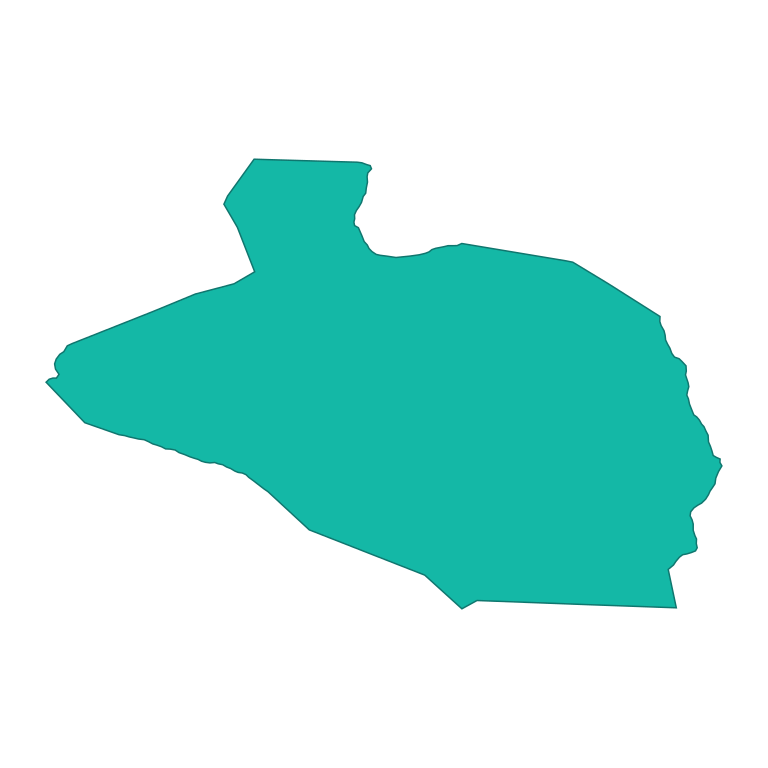 Ourolândia, Bahia, Brazil (orthographic projection)
{"feature_id": "56859067B69370419273118", "entity_name": "Ourolândia", "entity_type": "district", "adm_level": 2, "iso_a3": "BRA", "parent_name": "Brazil", "parent_adm1": "Bahia", "projection": "orthographic", "projection_center": [-41.124, -10.833], "detail": "fine", "context": "isolated", "style": "filled", "palette": "teal", "viewbox_px": 768, "rotation_deg": 0, "n_neighbors": 0, "source": "geoboundaries", "source_scale": "gbopen_adm2", "svg_char_len": 2219}
<svg xmlns="http://www.w3.org/2000/svg" viewBox="0 0 768 768"><path d="M660.0,316.5L608.4,283.8L572.8,262.2L566.3,260.9L461.8,243.5L457.1,245.6L452.4,245.7L448.0,245.7L443.9,246.7L439.3,247.6L435.7,248.3L431.9,249.6L429.0,251.9L425.4,253.3L419.2,254.8L409.8,256.1L396.0,257.5L386.6,256.1L380.2,255.3L376.2,254.4L372.0,251.6L369.0,248.5L367.3,245.0L364.2,241.6L362.0,236.0L358.4,227.7L354.6,225.6L353.9,222.1L354.7,218.8L354.5,214.7L356.4,210.5L359.0,206.8L361.5,202.4L363.2,196.5L365.7,193.2L366.3,188.0L367.5,182.1L367.1,176.7L367.8,172.9L371.5,168.8L370.2,165.6L367.0,164.7L361.9,162.8L357.3,162.2L339.5,161.7L273.5,159.8L254.1,159.2L227.6,196.0L223.9,204.2L230.4,215.3L233.6,220.8L237.4,227.4L254.7,271.8L234.0,283.8L211.0,289.9L195.4,294.0L153.0,311.5L72.3,343.5L67.3,345.8L63.8,351.7L59.8,354.3L56.2,359.1L54.6,363.9L55.5,369.1L59.0,374.3L56.4,378.1L52.8,378.1L49.2,379.2L46.1,382.2L84.8,422.7L119.0,434.7L124.7,435.6L129.1,436.9L133.3,437.8L138.4,439.0L144.2,439.7L148.8,441.8L152.7,443.9L156.5,445.0L161.4,446.7L165.6,448.9L170.2,449.1L175.1,450.0L179.0,452.6L184.7,454.6L189.9,456.8L194.4,458.3L198.1,459.4L201.5,461.2L205.4,462.3L209.9,462.9L214.8,462.5L218.2,463.8L222.7,464.7L226.6,467.0L230.6,468.5L234.9,471.1L238.1,472.4L242.3,473.0L246.1,474.7L248.7,477.3L252.8,480.3L264.1,489.0L267.9,491.6L309.3,529.9L424.7,575.1L461.9,608.8L477.0,600.5L586.8,604.6L676.3,607.8L668.2,569.4L673.5,565.0L675.9,561.4L679.4,557.2L682.7,554.7L686.9,553.9L691.2,552.6L695.5,550.9L697.2,547.8L696.3,543.6L696.5,539.0L694.9,535.6L693.2,530.3L693.2,524.0L692.1,519.9L690.1,515.8L690.7,511.8L694.0,507.8L697.8,505.2L701.6,503.1L705.7,499.1L708.5,494.6L710.0,491.2L712.7,487.3L715.0,483.8L715.8,478.1L718.5,471.6L721.9,465.9L719.9,462.4L720.1,459.0L716.4,457.4L713.2,455.5L711.9,450.8L710.4,446.3L708.5,441.9L708.1,435.2L705.8,430.8L704.0,426.7L701.6,424.1L699.4,420.1L696.7,416.9L693.8,414.9L691.9,410.2L689.5,404.1L688.4,398.8L686.8,395.1L687.6,390.9L688.8,386.7L688.1,382.8L686.8,378.9L685.5,374.9L686.3,371.1L686.0,365.8L681.9,361.4L679.1,358.7L674.5,357.1L671.8,353.4L669.9,348.2L667.6,344.2L665.6,340.0L665.1,335.1L664.0,330.7L661.1,325.6L659.8,321.5L660.0,316.5Z" fill="#14b8a6" stroke="#0f766e" stroke-width="1.5"/></svg>